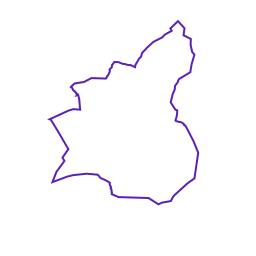 O'lziit, Bayanhongor, Mongolia, rotated 340°
{"feature_id": "93677404B2040625721248", "entity_name": "O'lziit", "entity_type": "district", "adm_level": 2, "iso_a3": "MNG", "parent_name": "Mongolia", "parent_adm1": "Bayanhongor", "projection": "natural_earth1", "projection_center": [100.982, 45.969], "detail": "fine", "context": "isolated", "style": "outline", "palette": "violet", "viewbox_px": 256, "rotation_deg": 340, "n_neighbors": 0, "source": "geoboundaries", "source_scale": "gbopen_adm2", "svg_char_len": 2545}
<svg xmlns="http://www.w3.org/2000/svg" viewBox="0 0 256 256"><g transform="rotate(340 128 128)"><path d="M38.5,153.0L54.1,152.9L60.2,153.5L73.5,156.8L83.7,161.6L85.0,165.5L88.8,169.1L92.1,173.0L92.2,173.3L92.0,173.6L91.8,174.0L91.6,174.5L91.5,175.0L91.5,175.4L91.5,175.9L91.7,176.7L91.8,177.1L91.9,177.4L91.8,177.8L91.5,178.2L91.2,178.4L91.0,178.8L91.1,179.1L91.2,179.5L91.3,179.8L91.4,180.0L91.4,180.3L91.4,180.6L91.3,180.9L91.0,181.2L90.9,181.4L91.0,181.8L91.0,182.0L90.9,182.2L90.8,182.5L90.6,182.7L90.6,183.0L90.7,183.8L90.1,184.6L95.5,189.7L123.3,200.8L130.5,210.1L134.7,209.8L143.3,211.3L146.9,208.0L148.7,207.0L165.1,200.3L173.2,198.1L185.5,175.3L185.1,163.3L182.8,145.4L182.4,145.2L182.2,145.2L182.0,144.9L181.8,144.6L181.7,144.4L181.7,144.1L181.8,143.9L181.9,143.7L181.7,143.5L181.5,143.1L181.4,142.8L181.4,142.6L181.2,142.4L180.9,142.1L180.8,141.9L180.6,141.6L180.4,141.4L180.1,141.0L179.9,140.8L179.7,140.5L179.4,140.4L179.0,140.2L178.8,140.1L178.5,139.8L178.1,139.7L177.8,139.5L177.4,139.4L177.1,139.1L176.9,138.8L176.6,138.6L176.1,138.4L175.7,138.1L175.3,137.7L175.2,137.0L177.1,134.7L178.9,131.6L180.3,128.2L178.8,127.0L176.9,118.5L181.6,111.4L185.1,107.8L186.5,104.6L190.3,102.0L192.5,99.5L205.6,96.9L209.6,89.8L215.5,81.8L214.3,78.4L215.3,71.2L217.5,65.8L211.9,59.9L215.2,53.6L211.5,44.7L201.9,48.9L202.3,51.6L194.7,52.8L191.0,54.6L181.4,55.7L173.4,59.0L166.8,62.4L164.6,65.5L162.3,66.5L156.4,71.4L155.5,73.2L153.1,71.0L153.0,70.7L152.8,70.5L152.4,70.2L152.1,70.0L151.8,69.7L151.5,69.5L151.1,69.4L150.2,69.1L149.4,68.6L148.7,68.2L147.9,67.6L147.1,66.9L146.6,66.7L145.9,66.3L145.1,65.9L144.7,65.7L144.1,65.1L143.6,64.7L141.8,63.0L137.7,61.3L135.7,62.7L135.0,63.0L134.7,63.3L134.4,63.6L134.1,64.3L133.9,64.6L133.7,65.1L133.4,65.5L132.6,65.9L132.0,66.2L131.5,66.3L130.9,66.5L130.7,66.7L130.5,67.1L130.6,67.8L130.4,68.1L130.3,68.6L129.8,69.2L129.4,69.6L129.1,69.8L128.7,70.4L128.2,70.8L127.4,71.5L127.0,71.9L126.1,72.2L125.8,72.4L125.7,72.6L125.5,73.1L125.2,73.3L124.8,73.5L124.2,74.0L110.7,68.6L102.3,69.7L93.0,67.9L88.3,69.9L88.4,70.2L88.5,70.4L88.8,70.6L89.1,71.0L89.3,71.7L89.4,72.2L89.4,72.6L89.3,73.2L89.3,73.5L89.4,73.8L89.7,74.1L89.8,74.4L90.2,74.7L90.3,75.0L90.5,75.3L90.5,75.8L90.6,76.1L90.8,76.2L90.9,76.5L91.1,76.6L91.1,76.9L91.2,77.1L91.2,77.3L91.3,77.5L91.2,77.7L91.6,78.0L91.7,78.3L91.7,78.7L91.6,79.1L91.0,79.7L92.5,79.6L92.1,83.7L91.3,86.9L89.3,94.4L83.1,91.6L78.0,91.3L57.3,93.0L58.4,94.0L61.1,107.4L64.7,127.5L56.3,133.4L57.0,137.2L45.8,144.7L38.5,153.0Z" fill="none" stroke="#5b21b6" stroke-width="2"/></g></svg>